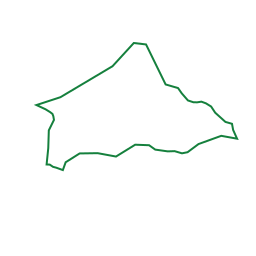 Maribor, orthographic projection, rotated 145°
{"feature_id": "SVN-256", "entity_name": "Maribor", "entity_type": "Municipality", "adm_level": 1, "iso_a3": "SVN", "parent_name": "Slovenia", "parent_adm1": "", "projection": "orthographic", "projection_center": [15.629, 46.576], "detail": "fine", "context": "isolated", "style": "outline", "palette": "green", "viewbox_px": 256, "rotation_deg": 145, "n_neighbors": 0, "source": "natural_earth", "source_scale": "10m", "svg_char_len": 671}
<svg xmlns="http://www.w3.org/2000/svg" viewBox="0 0 256 256"><g transform="rotate(145 128 128)"><path d="M40.4,71.8L43.0,66.1L44.8,56.7L56.1,68.1L79.4,74.4L93.1,74.0L98.3,76.3L103.1,82.3L108.9,86.1L118.1,94.7L120.6,101.8L131.7,110.2L154.2,111.5L167.3,124.8L182.2,134.9L198.7,135.7L205.5,130.9L209.5,136.6L211.7,139.2L213.1,142.9L215.6,144.8L204.9,157.2L194.2,171.5L184.0,177.1L182.4,180.5L181.8,182.9L182.7,185.7L184.8,190.6L189.8,199.3L165.7,192.0L105.2,187.5L74.5,194.3L65.3,186.1L72.2,142.1L64.1,132.0L64.1,125.6L63.1,116.2L59.6,111.5L56.5,109.3L52.8,107.5L50.0,103.5L47.6,97.9L47.8,90.5L44.7,77.1L40.4,71.8Z" fill="none" stroke="#15803d" stroke-width="2"/></g></svg>